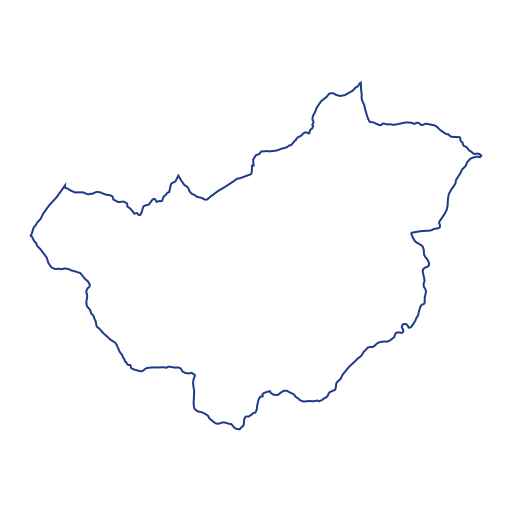 the district of Betéitiva, Boyacá, Colombia
{"feature_id": "7082276B99729391048733", "entity_name": "Betéitiva", "entity_type": "district", "adm_level": 2, "iso_a3": "COL", "parent_name": "Colombia", "parent_adm1": "Boyacá", "projection": "orthographic", "projection_center": [-72.847, 5.922], "detail": "fine", "context": "isolated", "style": "outline", "palette": "blue", "viewbox_px": 512, "rotation_deg": 0, "n_neighbors": 0, "source": "geoboundaries", "source_scale": "gbopen_adm2", "svg_char_len": 6044}
<svg xmlns="http://www.w3.org/2000/svg" viewBox="0 0 512 512"><path d="M335.1,389.8L335.8,387.6L336.2,384.0L336.7,382.5L340.7,378.8L342.2,375.4L343.4,373.7L349.4,366.4L355.3,361.1L357.8,358.4L360.0,356.9L361.7,355.3L363.6,351.9L366.2,349.5L367.3,348.0L368.2,347.4L369.6,347.1L372.6,347.0L374.4,345.9L376.9,343.6L378.6,342.6L380.3,342.0L384.1,341.5L387.1,341.6L389.5,340.8L394.2,337.1L395.1,334.2L395.9,333.1L397.6,332.4L398.9,332.4L401.2,332.9L402.0,332.8L403.1,331.9L403.3,331.3L403.3,330.5L402.7,328.7L401.9,327.9L401.8,327.0L402.2,325.5L403.0,324.3L404.7,323.9L406.5,324.3L407.8,325.7L408.5,327.4L409.0,327.7L409.7,327.7L411.2,326.9L414.2,322.6L415.3,320.8L416.5,317.6L418.0,315.7L418.7,312.1L420.5,306.4L421.7,304.9L423.8,303.9L424.4,303.5L424.6,303.0L424.8,297.1L425.8,293.1L425.9,290.9L425.6,289.6L423.7,286.5L423.6,284.0L424.6,280.5L422.8,271.9L422.9,269.6L424.5,268.0L425.5,267.4L427.0,267.0L428.6,265.9L429.1,264.1L429.1,263.2L427.2,259.2L425.7,257.5L424.3,255.2L423.9,253.1L423.8,250.0L422.8,246.8L421.4,245.3L415.9,242.0L414.9,241.1L412.6,237.1L411.5,234.5L411.4,233.1L412.2,232.6L421.3,231.1L429.9,230.6L432.2,229.9L434.1,228.9L438.3,228.3L439.7,227.3L440.0,226.6L440.0,226.0L439.8,224.5L439.1,223.1L439.2,221.9L445.0,213.3L446.8,209.5L447.6,205.6L448.0,198.5L448.8,194.2L451.0,190.1L455.4,183.7L455.9,180.5L456.4,179.4L460.4,173.2L462.1,169.5L465.7,165.9L467.1,162.3L470.3,158.8L472.7,157.7L477.2,156.6L479.9,157.2L480.9,156.3L481.3,155.5L479.0,153.8L476.7,153.6L474.6,154.0L473.3,153.5L471.3,151.7L469.5,150.7L468.8,150.0L466.5,147.0L463.8,145.9L462.7,144.0L462.7,142.7L461.8,142.2L460.4,140.2L460.2,137.8L459.9,137.4L458.8,137.1L452.5,136.9L450.7,136.5L448.3,134.3L446.6,134.2L445.0,133.3L440.3,130.1L436.6,126.5L433.9,125.2L425.9,123.7L425.0,123.9L423.0,124.9L421.8,125.1L421.2,125.0L419.1,123.2L418.4,122.9L416.5,122.8L415.2,123.6L414.2,123.8L411.1,122.7L406.1,122.4L394.9,124.7L392.8,124.8L390.8,124.3L386.8,124.4L383.6,123.5L382.5,123.7L381.4,124.8L380.5,125.2L379.6,125.1L376.5,123.9L373.8,122.5L369.7,121.8L368.2,119.0L367.2,116.3L365.0,108.8L364.4,105.6L362.1,100.3L361.6,98.2L361.7,94.3L361.2,90.9L360.8,82.6L360.2,82.9L357.9,86.2L355.8,87.4L352.5,90.8L344.7,95.2L341.9,95.6L340.8,96.0L340.0,95.9L336.2,95.0L333.2,93.2L329.8,93.4L328.9,94.0L326.8,96.7L321.2,101.1L316.6,107.8L314.9,112.5L313.3,115.2L312.5,117.8L312.6,120.1L313.3,121.0L313.4,121.8L313.4,122.8L312.3,124.7L312.4,125.2L313.1,126.0L313.0,126.6L312.2,128.4L311.0,129.2L310.0,130.3L309.4,133.0L309.0,133.4L308.5,133.4L307.9,132.9L306.7,132.6L305.2,132.4L304.4,132.7L302.4,134.2L301.7,135.3L300.8,135.9L298.2,137.1L297.4,137.7L296.6,138.5L295.5,140.5L294.5,141.0L291.2,145.1L290.5,145.4L289.7,145.3L289.0,145.6L286.6,147.4L281.3,148.8L276.4,150.6L269.5,151.4L266.5,151.1L261.3,151.5L259.3,153.9L258.3,154.5L256.6,154.8L255.7,155.4L253.1,159.7L253.6,165.5L252.1,165.5L251.9,170.7L251.5,172.9L250.9,174.2L240.9,177.9L238.7,178.6L237.3,178.5L233.7,181.2L225.0,186.9L218.9,190.5L215.0,193.2L213.2,194.8L211.4,195.8L207.5,199.2L206.5,199.7L204.9,199.5L203.5,199.1L202.3,198.0L197.2,196.9L196.1,196.3L194.9,195.2L191.5,193.6L189.5,191.3L188.3,188.1L186.6,186.3L185.2,185.7L184.0,184.5L181.2,180.5L178.3,175.6L175.8,180.7L175.1,181.6L171.4,183.5L170.7,185.1L169.2,192.1L167.4,192.8L165.6,195.1L164.5,195.8L163.6,196.8L162.1,200.7L161.4,201.2L159.0,201.1L157.1,201.8L156.5,201.8L155.4,199.6L154.2,198.8L153.6,198.9L152.0,200.2L149.1,204.3L148.2,204.8L145.9,205.3L143.8,206.1L143.1,207.3L141.3,213.2L140.5,214.6L139.9,215.0L139.1,215.0L138.2,214.5L137.4,213.4L136.9,213.1L136.3,213.1L134.7,213.7L133.9,213.3L133.5,212.4L132.5,211.1L129.5,207.9L127.5,206.7L127.2,205.8L127.4,204.9L126.9,203.4L124.3,201.9L123.2,201.6L118.5,202.1L117.3,201.7L116.3,200.9L113.5,199.7L112.5,196.6L111.7,195.9L110.5,195.4L106.7,194.8L103.2,193.7L101.2,192.6L98.7,192.1L96.9,191.9L94.5,192.7L92.1,193.9L90.9,193.7L88.8,194.3L86.9,194.0L83.8,192.6L82.4,192.3L75.0,192.4L70.9,190.7L67.2,188.4L65.7,188.1L65.1,187.7L65.1,185.3L56.8,197.0L49.7,204.7L47.8,207.2L43.2,213.7L40.5,219.0L37.3,222.5L36.4,224.1L33.4,228.2L31.9,233.2L30.7,235.9L31.9,236.6L34.4,241.5L36.0,242.9L36.9,245.2L37.8,246.5L40.7,249.5L46.7,257.6L48.5,263.2L50.2,265.8L51.6,267.4L54.4,268.8L55.7,269.0L58.7,268.7L61.0,269.2L65.0,268.5L66.4,268.6L69.2,269.3L71.0,270.3L75.8,271.6L80.4,273.2L85.2,279.1L87.7,281.1L89.5,284.0L89.9,285.3L89.2,287.0L87.6,288.3L86.8,289.7L86.2,291.8L87.0,294.5L87.2,296.8L86.3,302.0L86.7,305.5L87.7,307.1L90.1,309.9L91.0,313.0L93.3,315.6L94.7,319.4L95.7,321.3L96.3,325.1L97.1,327.0L98.9,328.2L103.2,333.0L110.9,340.0L115.4,342.8L116.7,345.0L119.7,351.7L120.4,353.0L122.2,354.9L122.9,357.1L124.5,359.7L125.0,361.3L126.3,362.4L127.4,364.4L128.3,364.9L129.9,365.0L130.6,365.5L131.0,367.8L131.5,368.4L134.1,369.5L139.9,371.2L141.0,371.3L142.8,370.9L145.7,368.5L148.2,367.8L153.4,367.4L160.0,367.5L161.9,367.2L163.9,367.3L166.4,367.8L168.1,366.7L169.2,366.7L174.7,367.6L178.3,367.5L179.9,368.0L180.8,368.6L182.6,371.5L184.0,372.4L185.4,373.0L188.1,373.4L189.9,373.3L191.7,372.8L192.7,373.7L193.8,374.1L195.0,375.4L193.5,379.5L193.0,383.4L194.2,391.6L193.6,402.9L194.0,407.1L194.5,408.7L196.9,410.9L198.6,411.6L202.0,412.3L205.7,414.2L208.1,415.9L209.4,418.4L210.1,419.1L215.4,423.2L217.8,423.8L218.7,423.7L222.3,422.5L224.1,422.4L230.0,424.0L231.4,424.1L234.8,428.2L236.8,428.9L239.5,429.4L240.6,428.1L243.3,425.8L243.9,423.6L244.1,420.0L244.9,417.7L245.5,416.9L246.2,416.5L248.4,416.6L249.1,416.4L249.9,415.6L251.5,414.7L253.0,413.2L255.2,412.6L255.6,412.1L256.8,409.5L257.2,405.3L258.5,399.9L259.7,397.5L260.6,396.9L260.7,396.5L261.7,396.6L262.7,396.2L262.5,394.3L262.7,393.8L264.9,392.6L268.7,391.4L270.1,391.3L270.6,392.7L273.0,394.4L274.1,394.8L276.8,395.0L278.5,394.6L279.6,393.5L283.4,390.9L287.0,390.7L289.6,392.4L293.0,393.8L294.7,395.4L295.0,396.1L296.4,397.4L298.0,398.3L300.3,400.4L303.8,401.6L309.3,401.0L313.5,401.3L316.8,400.6L317.5,400.6L319.0,401.3L321.9,400.1L323.6,398.7L326.6,397.1L327.9,395.5L328.7,393.4L329.8,392.1L335.1,389.8Z" fill="none" stroke="#1e3a8a" stroke-width="2"/></svg>